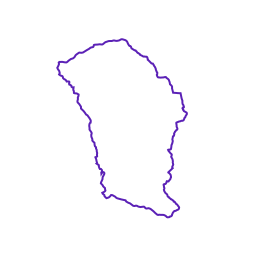 Rusca Montana, Caras-Severin, Romania, rotated 49°
{"feature_id": "2599482B76888345193799", "entity_name": "Rusca Montana", "entity_type": "district", "adm_level": 2, "iso_a3": "ROU", "parent_name": "Romania", "parent_adm1": "Caras-Severin", "projection": "albers", "projection_center": [22.446, 45.608], "detail": "fine", "context": "isolated", "style": "outline", "palette": "violet", "viewbox_px": 256, "rotation_deg": 49, "n_neighbors": 0, "source": "geoboundaries", "source_scale": "gbopen_adm2", "svg_char_len": 5773}
<svg xmlns="http://www.w3.org/2000/svg" viewBox="0 0 256 256"><g transform="rotate(49 128 128)"><path d="M186.3,175.9L190.2,175.1L191.3,174.1L191.7,173.1L192.4,172.4L194.2,171.7L195.0,171.1L195.8,170.5L196.0,170.2L197.2,168.4L197.8,167.6L198.6,167.4L200.1,167.4L200.9,166.9L202.1,165.0L203.8,164.1L207.5,163.4L210.1,163.2L212.6,162.8L213.4,162.3L213.8,161.5L215.3,160.0L216.9,158.2L217.4,157.9L218.5,157.4L219.2,157.2L220.7,157.1L221.3,156.8L221.9,156.0L222.4,155.2L222.3,154.9L222.3,154.5L222.7,153.9L222.9,153.2L222.9,152.7L222.8,152.2L222.2,151.5L221.9,150.7L221.3,149.6L221.3,149.0L221.1,148.1L221.1,147.5L221.1,147.4L221.3,147.1L221.6,146.7L221.8,146.3L222.0,145.1L222.4,143.9L222.5,143.4L222.3,142.5L221.8,141.9L221.6,141.6L221.3,141.5L220.6,141.3L219.3,141.3L218.1,141.1L217.7,141.2L216.9,141.5L214.7,141.2L214.4,141.3L214.1,141.6L213.4,141.8L213.1,141.6L212.9,141.4L212.7,141.4L211.3,141.8L210.3,142.0L210.2,142.1L210.0,142.3L209.8,142.4L209.3,142.3L208.8,142.4L207.7,142.7L206.9,142.5L206.4,142.8L205.8,142.9L205.3,142.8L204.5,142.3L203.8,142.1L203.4,142.1L201.6,142.4L200.5,142.2L199.7,142.1L198.3,141.5L198.1,141.4L197.7,140.5L197.4,140.1L196.9,139.8L196.1,139.6L195.6,139.1L195.1,138.8L194.5,138.6L194.2,138.4L194.0,138.1L194.0,137.9L194.3,137.2L194.7,136.6L194.8,136.2L194.5,135.1L194.3,134.7L194.1,134.4L193.7,133.9L193.6,133.6L193.8,133.4L194.7,132.8L194.8,132.6L194.9,132.4L194.7,132.0L194.4,129.7L194.1,129.3L193.7,128.6L193.5,128.0L193.2,127.7L192.5,127.2L191.9,126.9L191.1,126.5L189.5,126.5L188.7,126.6L188.1,126.8L187.9,126.7L187.8,124.8L187.7,121.7L187.6,121.4L187.4,121.2L187.6,120.6L187.4,120.5L186.8,120.4L186.5,120.2L186.2,119.9L185.8,118.9L185.4,118.1L185.3,117.9L183.3,116.8L182.6,116.0L181.8,115.5L180.9,115.0L180.0,114.7L178.8,114.5L178.1,114.3L177.9,114.1L177.6,113.3L176.7,112.4L176.1,112.3L175.1,112.5L173.1,112.4L172.3,112.5L170.8,112.1L170.8,111.9L171.0,111.6L171.3,111.1L171.9,110.3L172.1,109.8L172.1,109.5L171.7,108.9L170.6,107.6L169.8,106.8L169.4,106.3L168.7,104.8L168.2,104.1L167.5,103.1L167.1,102.7L165.7,102.0L164.3,100.1L163.8,99.6L163.8,99.4L163.9,99.0L164.0,98.6L163.3,97.4L162.7,97.1L162.3,96.7L162.0,95.6L161.6,95.0L161.6,94.4L161.3,93.0L161.3,92.7L161.5,92.0L161.4,91.7L160.7,91.0L159.1,90.5L158.7,90.3L157.7,89.4L156.4,88.7L156.1,88.4L155.7,88.0L155.7,87.8L156.6,85.2L157.2,84.2L157.6,83.0L157.8,82.6L158.2,82.3L158.3,82.0L158.6,81.2L158.5,80.7L158.1,79.8L157.5,79.0L157.5,78.4L157.5,77.8L157.0,77.2L156.9,76.8L156.6,76.2L156.4,75.2L156.0,74.3L155.4,73.9L155.0,73.7L154.7,73.7L152.2,74.6L151.8,74.7L150.6,74.3L150.3,74.5L150.2,74.5L149.5,74.0L149.1,73.9L148.8,73.9L148.7,73.7L148.6,73.1L149.0,72.7L149.0,72.2L148.9,72.1L148.7,71.9L146.8,71.1L146.6,71.1L146.2,71.2L145.3,70.8L144.3,70.1L143.6,69.5L143.2,69.1L140.8,68.1L136.2,65.5L134.6,67.3L133.5,68.3L131.0,70.8L126.7,68.6L126.1,67.9L125.6,67.6L124.8,67.4L124.1,67.4L122.6,67.6L120.5,66.4L119.7,66.1L118.3,65.6L117.6,65.6L117.0,65.7L115.7,66.0L115.2,66.1L114.5,66.0L114.2,66.2L113.5,67.2L113.2,67.9L111.3,70.4L109.6,72.0L109.4,72.1L108.9,72.1L107.9,71.9L106.8,71.4L106.7,71.3L106.5,70.6L106.0,70.1L105.3,69.5L104.8,69.6L104.4,69.5L103.1,69.0L102.2,68.7L101.5,68.2L100.9,68.0L99.4,67.6L97.8,67.5L97.3,67.2L96.7,67.2L96.3,67.1L95.7,67.0L94.7,67.9L90.9,68.1L89.5,68.3L89.2,67.9L88.8,67.9L88.4,67.7L87.6,67.2L86.8,67.1L86.4,67.2L85.4,68.3L84.8,68.7L84.3,69.4L84.0,69.6L82.7,70.0L80.6,70.9L80.0,70.6L78.8,71.0L78.3,71.0L78.0,71.3L77.4,71.4L76.9,71.5L75.8,71.3L75.2,71.5L74.4,71.4L73.8,72.0L72.9,72.3L70.2,73.1L69.4,72.8L68.8,72.5L68.3,72.4L67.7,72.5L67.5,72.8L66.5,73.1L64.3,72.7L62.9,72.2L62.0,72.0L60.8,72.1L59.9,72.4L58.0,73.6L57.5,73.9L56.7,74.8L56.5,75.3L56.2,76.8L56.0,77.4L55.3,78.7L54.8,79.4L54.2,80.0L53.7,80.4L53.0,80.9L52.6,81.3L52.1,82.2L51.9,82.8L51.6,83.3L50.5,84.5L49.6,85.8L48.8,87.8L48.4,88.7L48.3,90.1L48.3,91.5L48.2,92.3L48.0,92.7L47.4,93.4L46.8,93.9L46.2,94.5L45.0,96.3L43.3,98.5L43.1,98.9L43.0,99.3L43.1,99.5L43.9,100.6L44.0,101.1L43.8,101.6L43.3,102.5L42.8,103.6L42.7,105.6L42.3,107.4L42.0,109.2L41.9,109.9L41.5,112.4L41.3,112.8L40.6,113.9L39.2,115.2L39.0,115.7L38.7,118.6L38.7,119.8L39.4,121.8L39.4,122.9L39.4,123.5L39.3,124.0L38.5,125.8L38.3,127.5L38.2,129.1L38.3,129.8L38.2,131.1L38.0,131.6L37.1,132.5L35.0,134.2L33.1,136.5L33.2,137.4L34.5,138.1L35.6,140.3L36.2,141.9L37.6,142.3L39.8,142.5L41.8,143.5L42.4,144.9L44.1,144.5L45.6,143.6L46.2,143.5L47.9,144.3L49.4,144.1L50.1,143.7L51.2,143.5L52.7,143.8L53.4,142.8L54.3,142.0L54.9,142.1L55.9,143.4L56.7,143.8L57.5,143.3L58.9,143.0L59.9,143.6L61.0,143.3L61.6,142.4L62.6,143.5L63.3,144.3L64.5,144.6L66.1,145.8L66.9,145.4L68.3,144.0L70.3,143.3L71.3,144.3L72.0,145.8L73.4,146.9L74.6,148.6L75.6,149.2L77.9,149.1L81.0,149.5L82.5,150.7L86.0,150.4L88.2,150.5L90.3,150.8L91.8,150.3L95.0,150.6L96.2,150.8L97.6,151.1L98.3,151.5L99.3,152.6L99.1,152.8L99.7,154.5L101.0,155.9L102.6,156.9L104.0,158.1L107.5,158.5L108.5,159.2L109.0,160.2L110.6,161.4L113.0,162.2L114.1,163.2L115.6,163.2L117.1,163.0L118.3,163.9L118.9,164.3L120.1,164.9L121.6,164.8L122.5,165.6L124.0,166.0L125.1,166.9L126.7,167.7L127.5,168.7L129.2,170.0L128.7,171.8L130.7,172.5L132.4,173.5L134.2,174.3L134.2,175.1L136.9,174.4L138.0,175.3L139.4,175.9L140.5,176.1L141.2,175.3L142.7,175.3L143.7,176.0L144.0,177.3L145.1,178.1L144.8,177.0L144.8,175.8L145.6,175.3L146.5,175.4L147.1,176.0L147.8,177.6L148.4,179.3L150.0,181.0L151.4,184.1L152.0,184.8L153.3,184.7L154.8,184.7L155.5,185.0L156.5,185.0L158.2,184.8L159.2,185.5L160.4,186.1L160.6,186.8L160.5,188.2L160.4,188.8L160.3,189.4L160.1,189.5L160.0,189.9L161.0,190.2L163.0,189.8L164.2,190.5L166.8,190.3L167.4,189.1L167.8,187.9L167.8,186.3L167.5,184.7L168.5,183.8L171.6,182.7L172.7,182.7L173.9,182.3L177.5,179.9L181.0,177.3L182.3,177.6L184.4,176.9L186.3,175.9Z" fill="none" stroke="#5b21b6" stroke-width="2"/></g></svg>